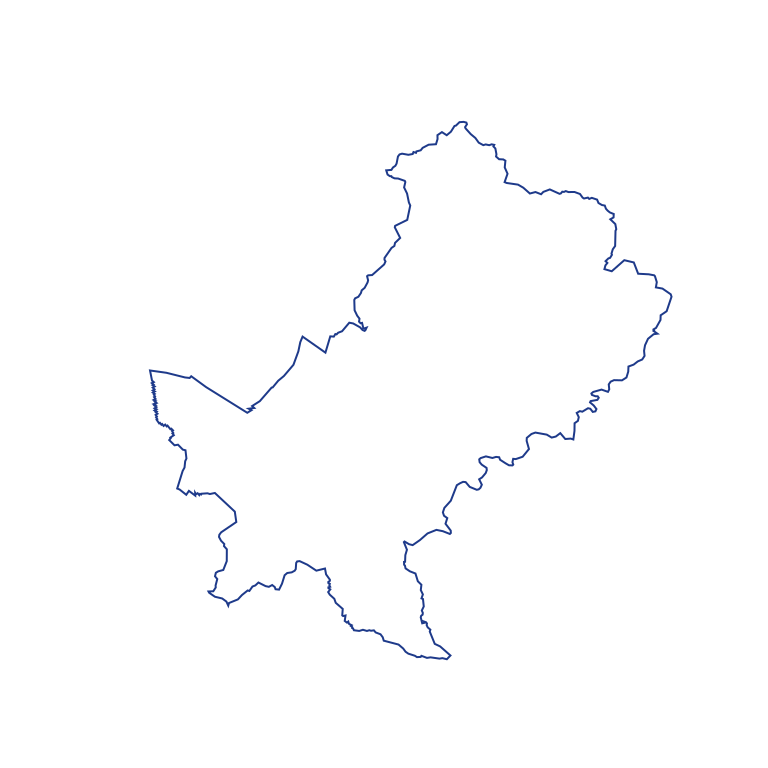 the district of Tasquillo, Hidalgo, Mexico, rotated 123°
{"feature_id": "50627088B25461945792705", "entity_name": "Tasquillo", "entity_type": "district", "adm_level": 2, "iso_a3": "MEX", "parent_name": "Mexico", "parent_adm1": "Hidalgo", "projection": "robinson", "projection_center": [-99.367, 20.531], "detail": "fine", "context": "isolated", "style": "outline", "palette": "blue", "viewbox_px": 768, "rotation_deg": 123, "n_neighbors": 0, "source": "geoboundaries", "source_scale": "gbopen_adm2", "svg_char_len": 6166}
<svg xmlns="http://www.w3.org/2000/svg" viewBox="0 0 768 768"><g transform="rotate(123 384 384)"><path d="M554.1,509.1L557.0,508.7L562.7,505.8L566.6,505.5L584.3,500.5L583.8,498.0L584.6,489.5L579.9,489.4L580.4,481.5L578.1,483.1L578.8,481.6L577.1,480.8L577.8,478.4L576.5,478.5L576.2,477.2L575.5,477.4L571.8,472.5L571.1,470.1L567.5,466.5L572.3,439.6L580.2,432.7L597.1,439.8L600.1,440.0L602.1,439.1L604.2,435.3L605.2,430.8L607.1,429.9L608.2,425.8L618.2,419.4L627.5,417.5L631.4,421.0L633.9,422.2L637.3,421.0L638.4,417.6L644.7,415.5L646.3,414.3L650.8,414.3L653.6,418.2L654.3,416.9L654.5,409.9L652.0,402.9L652.3,397.7L654.7,393.9L652.1,394.7L644.2,389.2L638.4,388.2L631.4,385.9L630.9,384.2L625.5,384.0L623.0,382.2L618.9,381.2L618.0,373.2L616.8,370.1L613.5,368.3L613.8,365.0L615.2,363.2L613.6,360.0L607.0,360.8L598.5,363.2L595.2,362.2L592.2,358.8L589.2,357.2L587.3,357.2L581.9,360.2L580.1,360.2L578.5,358.3L577.3,349.9L577.4,339.1L570.9,333.0L575.2,328.9L577.6,322.8L578.5,322.2L580.4,322.9L581.2,322.3L581.1,320.6L582.5,320.3L583.4,318.7L584.8,319.9L585.5,319.4L585.5,317.2L588.9,317.5L590.2,314.8L591.2,308.7L593.8,305.3L595.1,296.1L600.8,293.0L600.9,291.9L599.1,290.2L604.1,287.9L604.3,285.1L602.7,284.6L604.2,282.8L603.9,279.7L605.0,280.0L605.1,278.4L606.0,277.8L605.8,276.9L606.9,275.1L604.6,270.3L601.6,267.8L600.4,263.8L598.5,262.2L598.0,260.5L596.1,258.3L596.9,255.7L595.8,250.6L597.1,247.1L599.4,244.4L594.6,229.9L595.4,223.8L596.8,220.1L596.9,216.7L595.1,210.1L595.1,207.6L592.9,204.6L591.6,204.6L590.3,198.8L587.9,196.1L584.1,187.9L582.1,185.7L580.6,181.4L575.5,180.4L573.5,194.0L574.3,199.9L566.7,210.8L564.8,211.3L564.3,214.8L563.0,216.9L561.5,217.5L560.9,218.9L561.4,221.0L562.0,219.8L563.9,221.6L559.7,226.1L558.1,226.6L556.4,226.0L554.8,226.8L553.4,228.9L548.9,229.5L543.1,234.2L543.4,235.8L539.3,236.8L536.8,240.9L532.0,243.3L531.0,248.2L525.8,254.4L527.0,260.3L526.9,265.5L524.9,267.5L524.6,268.7L522.3,270.3L521.6,269.5L515.9,272.9L510.5,274.5L505.8,281.2L504.9,281.0L504.7,275.7L503.5,272.2L495.4,268.9L485.6,266.1L477.8,260.6L475.4,254.5L473.9,247.1L472.5,246.8L470.6,248.2L467.7,256.3L462.0,257.9L461.8,261.9L459.6,264.7L455.0,265.9L445.5,264.4L429.2,267.8L425.7,266.1L423.0,264.4L421.8,262.1L423.6,256.1L422.2,248.6L420.8,247.2L418.5,246.6L415.2,247.1L412.1,252.3L409.0,250.9L403.3,250.2L400.2,250.9L398.5,252.3L398.4,258.1L397.5,261.2L395.3,263.1L393.5,262.6L389.2,259.1L387.0,252.8L384.1,250.3L382.7,247.5L384.3,245.4L384.3,239.0L384.1,234.9L382.3,231.9L381.2,231.7L379.6,233.7L376.4,234.9L375.2,232.6L369.5,228.1L359.6,227.0L354.0,233.4L351.4,234.9L345.6,233.1L342.3,230.6L337.8,219.9L337.6,214.2L334.5,211.3L329.2,209.4L331.4,202.0L328.1,197.7L327.4,195.0L319.6,198.7L313.1,202.8L309.3,201.3L305.7,202.6L303.3,206.6L300.1,205.0L299.2,202.6L293.2,199.7L292.4,197.5L293.7,193.7L291.8,191.8L289.3,192.2L287.8,196.4L287.2,201.2L285.8,201.4L281.1,196.4L278.6,196.4L277.9,198.1L279.1,200.0L279.9,203.7L279.0,204.9L276.7,204.2L270.2,198.5L268.6,191.9L265.8,192.2L261.9,195.3L258.6,195.2L255.5,193.2L251.3,186.4L246.5,184.2L240.6,185.9L236.2,188.5L231.8,185.2L226.9,183.5L222.8,180.8L218.5,180.8L214.5,184.0L209.3,186.2L202.3,187.2L195.4,185.0L192.9,182.1L192.7,186.9L191.9,186.7L191.4,187.7L188.8,186.4L179.7,187.0L175.7,189.4L169.0,186.6L154.2,190.4L152.6,192.4L152.3,202.4L154.9,208.6L150.0,210.7L146.0,215.5L145.7,216.6L147.8,221.7L153.1,230.9L146.0,240.7L149.3,249.9L165.4,254.4L167.6,261.7L163.9,262.9L160.8,262.6L160.3,265.1L156.4,264.2L155.1,263.1L151.5,263.2L150.8,264.2L146.4,265.5L142.4,265.3L129.4,273.3L127.7,273.5L123.9,277.1L122.6,283.9L119.3,282.2L116.3,283.9L117.1,288.0L116.8,290.9L116.1,293.4L114.1,296.0L115.2,298.7L115.4,302.7L113.3,305.7L114.7,311.1L117.0,312.7L116.6,314.5L119.5,317.3L119.5,319.0L117.9,323.1L119.2,328.8L122.6,333.9L123.2,336.6L124.9,337.7L125.6,339.2L127.9,339.5L128.9,340.4L130.5,350.9L136.1,355.0L139.3,355.6L140.5,361.5L144.8,365.4L143.5,374.1L143.8,380.2L148.6,390.6L149.0,392.8L140.4,394.9L136.6,400.7L130.6,403.8L130.7,406.3L132.8,409.9L132.2,413.9L130.1,414.8L125.8,418.9L125.2,421.6L123.4,421.8L124.4,424.3L126.4,425.8L127.7,429.2L129.6,430.8L130.0,436.0L127.9,441.4L127.2,447.3L125.2,454.8L124.4,455.9L121.0,455.9L119.9,457.3L120.8,460.0L123.3,463.3L128.1,464.4L129.2,465.4L136.0,465.3L141.2,466.9L141.2,472.6L146.2,474.7L149.4,472.5L154.6,471.0L159.0,476.9L164.9,480.2L168.0,480.5L171.3,483.5L172.7,483.1L173.4,485.6L175.5,485.2L178.5,488.4L181.0,494.3L183.0,496.0L185.6,496.2L192.3,493.5L194.8,493.3L197.5,494.4L200.4,494.4L203.6,498.5L206.4,495.1L206.5,492.3L205.7,491.0L206.2,490.2L205.8,487.2L204.0,484.1L202.3,477.2L203.0,476.1L208.2,474.2L211.7,468.4L218.2,462.0L220.0,459.2L233.7,453.9L245.3,460.8L246.7,460.3L252.7,450.0L259.6,451.6L262.6,450.5L265.7,451.8L278.0,452.2L279.5,451.3L280.4,449.5L283.6,449.0L299.1,453.3L301.5,456.5L302.8,456.9L305.7,453.8L307.8,453.1L313.9,452.6L317.6,453.7L320.3,452.9L324.8,453.0L327.9,454.9L329.7,454.7L338.2,448.8L341.3,443.7L342.6,440.1L345.3,438.9L345.8,436.7L344.7,435.7L348.3,431.9L348.1,430.8L346.2,429.3L349.1,428.9L350.0,429.2L350.4,431.4L349.5,434.9L350.0,442.8L351.5,446.5L362.6,447.9L366.0,450.4L368.2,450.8L368.6,452.0L371.6,451.9L373.3,455.0L389.6,450.2L388.6,478.1L394.5,477.0L403.3,473.6L417.2,470.4L431.8,472.3L438.9,474.5L447.5,475.5L448.2,476.3L466.0,478.8L474.3,482.6L474.8,479.8L478.4,484.0L478.2,480.9L482.6,483.0L483.5,531.5L482.5,549.9L484.8,550.3L486.9,554.5L493.1,572.6L500.1,587.6L507.5,580.4L507.8,578.1L509.7,579.2L510.0,576.9L511.0,577.4L511.0,575.0L513.0,576.0L513.4,573.6L515.3,574.4L515.1,572.2L517.1,573.2L517.2,570.9L518.2,571.3L519.2,569.2L520.2,569.7L520.9,567.5L522.8,568.5L522.6,566.3L523.6,566.7L523.8,564.4L526.3,566.2L526.2,564.0L527.1,564.6L527.3,562.3L529.3,563.2L529.1,561.0L531.1,562.0L530.9,559.7L531.9,560.2L532.3,557.8L534.3,558.7L535.0,556.7L536.1,557.0L536.9,555.0L537.8,555.3L539.5,551.1L538.6,550.7L539.4,548.5L538.4,548.2L539.2,546.0L537.2,545.4L537.9,543.2L536.8,542.9L538.2,538.7L537.3,538.1L537.8,535.8L538.8,536.3L539.8,534.1L540.7,534.5L541.4,532.4L545.3,534.0L545.5,533.4L548.0,533.6L549.5,526.3L547.1,523.7L548.6,517.0L547.7,514.4L554.1,509.1Z" fill="none" stroke="#1e3a8a" stroke-width="2"/></g></svg>